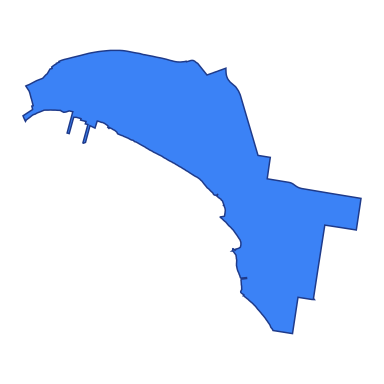 Port Phillip, Victoria, Australia (Natural Earth projection)
{"feature_id": "25037944B19605677345756", "entity_name": "Port Phillip", "entity_type": "district", "adm_level": 2, "iso_a3": "AUS", "parent_name": "Australia", "parent_adm1": "Victoria", "projection": "natural_earth1", "projection_center": [144.966, -37.859], "detail": "fine", "context": "isolated", "style": "filled", "palette": "blue", "viewbox_px": 384, "rotation_deg": 0, "n_neighbors": 0, "source": "geoboundaries", "source_scale": "gbopen_adm2", "svg_char_len": 5872}
<svg xmlns="http://www.w3.org/2000/svg" viewBox="0 0 384 384"><path d="M314.4,299.6L313.5,298.3L317.8,270.0L324.8,225.1L342.4,227.8L356.3,230.0L360.3,203.3L361.0,198.4L329.4,193.2L301.5,188.5L300.6,188.2L299.7,188.0L298.9,187.7L298.0,187.3L297.4,187.0L296.6,186.5L295.8,186.0L293.6,184.4L293.1,184.0L292.5,183.7L292.0,183.4L291.4,183.1L290.6,182.8L289.9,182.6L289.1,182.4L267.2,178.8L269.4,163.4L270.3,157.4L258.0,155.4L240.4,95.4L240.2,94.8L240.0,94.3L238.5,91.0L238.3,90.7L235.8,87.0L235.5,86.7L235.2,86.4L233.3,84.8L233.1,84.6L230.4,82.3L229.9,81.8L229.5,81.3L229.1,80.7L228.6,80.2L227.9,79.1L227.5,78.5L227.3,77.8L227.0,77.2L226.8,76.6L226.6,75.9L226.4,75.3L226.3,74.6L226.2,73.9L226.1,73.3L226.0,71.9L225.9,69.4L225.9,68.2L207.0,75.0L197.8,63.5L196.5,62.6L196.3,62.6L194.7,61.2L193.7,60.7L193.2,60.5L192.8,60.4L192.5,60.4L191.6,60.4L190.5,60.6L189.6,60.9L188.0,61.4L186.7,61.7L186.4,61.8L186.1,61.2L185.2,61.5L183.7,61.7L181.6,61.9L180.7,62.0L179.2,62.0L177.1,61.9L174.7,61.5L173.4,61.2L172.4,60.9L170.2,60.4L166.1,59.2L161.0,58.0L159.9,57.8L158.8,57.6L156.7,57.2L152.8,56.3L149.1,55.6L147.5,55.3L146.6,55.1L145.0,54.8L144.6,54.7L144.1,54.7L143.8,54.7L142.9,54.4L141.6,54.1L140.5,53.7L139.0,53.4L135.2,52.8L128.1,51.4L125.8,51.0L122.9,50.6L119.7,50.4L119.1,50.4L114.0,50.4L110.9,50.4L109.3,50.5L106.9,50.7L101.9,51.2L98.5,51.6L94.9,52.2L90.9,52.9L88.5,53.4L86.2,54.0L83.8,54.6L80.8,55.4L72.2,57.5L67.6,58.7L64.2,59.5L61.9,60.2L60.8,60.6L59.5,61.2L59.0,61.4L59.3,62.1L58.9,62.2L57.5,62.9L56.8,63.1L56.4,63.3L56.5,63.8L55.7,64.2L54.7,64.8L54.1,65.2L52.6,66.3L51.7,67.0L52.1,68.5L50.0,69.0L47.3,73.7L45.7,75.0L42.7,78.3L36.5,80.7L29.1,84.6L26.3,85.7L25.8,86.0L28.6,90.3L28.9,90.7L29.1,91.1L29.3,91.6L29.5,92.2L29.8,93.0L31.1,98.1L31.4,98.8L32.4,102.7L33.2,105.7L31.8,106.1L32.6,109.2L32.6,109.5L23.0,115.8L23.9,118.1L24.9,119.8L24.7,119.9L25.5,121.4L26.0,120.5L26.3,120.0L26.9,119.5L27.3,119.2L30.0,117.2L31.3,116.1L32.6,115.1L34.2,114.3L34.3,114.3L34.8,114.3L37.3,112.9L39.7,112.0L43.4,110.5L43.9,110.2L45.6,110.1L48.3,110.1L50.4,110.0L52.8,110.1L55.2,110.1L57.7,110.3L60.6,110.4L61.0,110.9L62.3,111.6L63.8,112.3L66.0,112.0L69.2,110.9L72.8,111.7L67.1,133.0L69.2,133.6L73.7,117.3L76.3,117.3L81.0,118.6L80.6,120.1L86.0,121.5L85.3,123.9L87.9,124.5L86.9,128.2L82.9,142.9L83.0,143.0L83.5,143.2L85.5,142.4L90.0,125.7L95.0,128.1L97.2,121.1L97.6,121.1L98.2,121.2L98.9,121.5L99.8,121.7L100.4,122.0L101.6,122.4L102.7,122.5L103.6,123.0L104.4,123.3L107.8,125.7L108.0,126.0L108.0,126.8L107.8,127.1L108.0,127.3L107.9,127.4L108.8,128.3L109.3,127.7L109.4,127.9L109.6,127.6L111.1,128.4L111.6,128.6L113.3,129.7L114.4,130.2L114.8,130.4L116.9,132.2L117.2,132.9L117.5,133.6L117.7,133.8L118.3,134.1L119.5,134.6L120.2,134.9L121.7,135.5L122.4,135.6L124.0,136.5L124.6,136.7L125.6,137.1L127.2,137.8L128.2,138.2L130.6,139.6L131.4,139.9L131.9,140.1L132.8,140.2L133.6,140.6L133.9,140.9L134.2,141.4L134.8,141.7L136.1,142.0L137.7,142.9L139.9,144.2L142.4,145.6L145.0,147.0L146.2,147.9L147.0,148.3L148.2,149.0L149.7,150.0L150.6,150.4L152.2,151.2L153.7,152.2L155.5,153.0L157.8,154.2L158.9,154.8L160.3,155.4L162.4,156.5L163.2,157.2L164.5,158.0L165.7,158.5L167.0,159.4L169.6,160.9L171.9,162.0L172.7,162.6L174.1,163.2L175.1,163.8L175.9,164.4L177.3,165.1L179.4,166.5L180.3,166.9L181.1,167.3L182.2,168.1L183.7,169.0L184.8,169.6L185.8,170.4L188.0,171.6L190.0,173.0L194.4,175.8L195.6,176.5L196.6,176.9L198.3,178.0L199.9,179.2L200.7,180.1L202.0,181.2L203.2,182.8L204.1,184.0L205.7,185.9L207.2,187.8L208.7,188.9L210.4,190.7L211.6,191.9L212.3,192.4L212.9,193.1L213.2,193.7L213.4,194.1L213.9,194.7L214.6,195.1L215.5,195.2L216.5,195.3L217.1,194.8L217.6,194.4L217.7,194.5L217.4,195.2L216.9,195.5L216.6,195.7L216.5,195.8L217.2,196.3L218.3,197.4L219.0,197.9L220.3,198.8L221.0,199.3L221.2,199.6L221.2,199.9L221.9,200.5L222.4,200.8L223.9,205.0L223.5,205.1L223.4,205.3L223.5,205.4L223.5,205.5L223.8,205.6L224.0,205.5L224.6,207.3L225.0,208.3L225.1,208.8L225.2,209.7L225.3,210.3L225.2,211.4L225.1,211.9L225.1,212.4L224.9,213.6L224.5,216.1L224.4,216.2L223.8,216.4L223.0,216.5L221.7,216.7L220.3,216.9L220.2,217.1L220.4,217.4L222.5,219.1L222.7,219.3L223.4,220.1L225.0,221.5L225.7,222.0L228.7,225.6L230.6,227.2L231.8,228.6L233.3,230.1L234.4,231.7L235.8,233.7L237.0,235.3L239.1,238.6L239.9,239.6L240.2,240.4L240.3,240.8L240.6,241.5L240.8,242.1L240.9,242.9L240.9,245.0L240.8,245.3L240.4,247.1L240.2,247.3L239.7,247.7L239.4,247.8L239.2,248.0L238.1,248.5L236.6,248.9L235.8,249.1L235.4,249.3L235.3,249.5L235.6,249.8L235.0,250.4L234.3,249.6L233.7,249.2L233.3,248.8L233.1,248.7L232.8,248.7L232.7,248.9L232.7,249.5L232.8,250.0L232.7,250.5L232.0,251.0L232.8,251.0L233.7,251.9L234.5,253.1L235.5,254.4L235.8,254.9L236.1,255.4L236.1,255.5L236.1,256.3L236.3,257.1L236.4,258.7L236.6,259.4L236.7,260.2L236.6,262.3L236.5,263.7L236.5,265.8L236.7,266.4L237.1,268.6L237.3,269.3L237.5,270.0L237.7,270.7L238.0,271.4L238.3,272.0L238.6,272.7L238.9,273.3L239.1,274.0L239.3,274.7L239.6,275.1L239.8,275.7L240.0,276.4L240.2,277.0L240.3,277.4L240.5,277.9L240.9,278.1L246.5,277.6L246.6,278.5L241.5,279.1L241.1,279.6L241.0,280.2L241.1,280.9L241.2,282.1L241.3,283.6L241.3,284.3L241.4,285.1L241.6,285.9L241.7,289.0L241.8,289.4L241.3,290.2L240.7,291.6L240.8,292.4L241.4,293.1L243.9,294.9L243.3,295.8L244.0,295.9L244.8,296.8L246.0,297.7L246.4,298.0L246.9,298.5L247.6,298.9L249.2,300.5L249.8,301.0L250.9,302.0L251.5,302.4L252.6,303.4L253.7,304.5L254.2,305.1L254.8,305.6L256.3,307.3L256.7,307.9L257.2,308.5L257.7,309.2L258.2,309.7L258.7,310.3L259.2,310.8L260.2,312.0L261.2,313.2L262.1,314.4L262.6,314.9L263.6,316.1L264.1,316.7L265.0,317.9L265.6,318.5L265.7,318.9L266.6,320.2L267.1,320.8L267.5,321.4L268.4,322.8L268.9,323.4L269.3,324.0L269.7,324.7L270.1,325.3L270.4,326.2L270.7,327.0L271.1,327.7L271.6,328.2L272.1,328.8L272.5,329.5L272.9,330.2L273.0,330.5L292.5,333.6L298.0,297.3L312.0,299.5L314.4,299.6Z" fill="#3b82f6" stroke="#1e3a8a" stroke-width="1.5"/></svg>